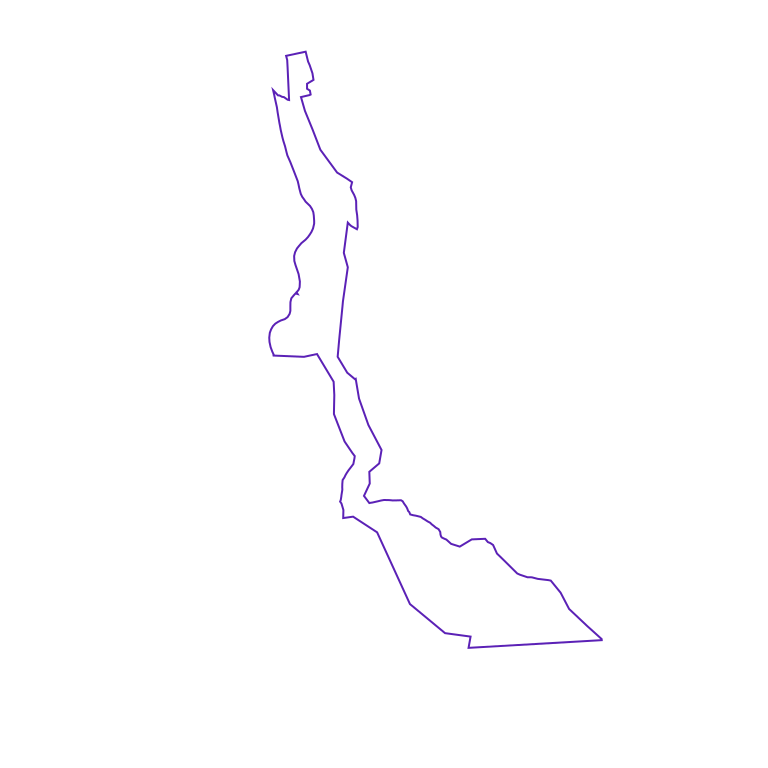 Waterworks, Castries, Saint Lucia (Natural Earth projection), rotated 59°
{"feature_id": "8701671B48526464274479", "entity_name": "Waterworks", "entity_type": "district", "adm_level": 2, "iso_a3": "LCA", "parent_name": "Saint Lucia", "parent_adm1": "Castries", "projection": "natural_earth1", "projection_center": [-60.982, 14.005], "detail": "fine", "context": "isolated", "style": "outline", "palette": "violet", "viewbox_px": 768, "rotation_deg": 59, "n_neighbors": 0, "source": "geoboundaries", "source_scale": "gbopen_adm2", "svg_char_len": 3018}
<svg xmlns="http://www.w3.org/2000/svg" viewBox="0 0 768 768"><g transform="rotate(59 384 384)"><path d="M715.7,329.3L714.7,328.8L696.4,334.4L672.2,341.2L653.9,340.1L638.4,342.3L636.7,344.2L630.2,352.6L625.8,356.9L623.6,360.5L617.5,365.7L615.0,367.4L594.6,372.6L587.5,374.5L578.2,373.4L575.1,374.8L573.0,376.4L568.8,377.0L562.4,388.8L562.4,402.8L555.6,408.8L549.4,410.7L548.5,411.4L546.9,412.5L545.3,413.5L544.0,413.6L542.1,413.1L539.8,412.0L536.5,412.0L533.7,413.6L531.3,414.4L528.8,415.4L526.7,415.9L524.2,417.4L521.5,418.7L519.3,419.9L516.9,420.9L513.3,424.5L511.4,426.7L509.3,428.7L506.8,428.3L505.3,428.7L502.6,428.2L500.4,428.1L496.8,428.4L494.1,428.4L492.4,429.3L489.7,434.1L488.3,436.5L486.5,438.9L485.4,440.6L483.4,443.8L482.3,446.7L481.5,449.3L480.9,451.1L479.7,454.8L478.8,457.0L478.5,457.9L469.6,458.8L462.0,447.5L451.7,441.8L449.6,429.0L439.3,420.1L411.1,418.5L383.6,412.9L365.0,405.6L365.0,406.4L355.4,409.7L336.8,409.7L322.4,399.2L296.2,379.7L292.1,376.7L265.3,354.9L250.9,350.9L227.0,331.9L229.9,331.3L231.8,330.7L235.3,328.7L237.4,327.5L235.9,325.7L230.3,322.5L225.5,320.1L220.2,317.9L212.9,313.7L209.7,312.7L206.5,312.2L201.4,312.0L198.3,311.2L194.6,307.4L188.9,310.0L178.6,315.3L150.4,317.9L129.3,314.2L109.2,311.1L96.5,307.7L95.3,307.4L98.0,299.0L98.1,297.8L94.3,296.4L91.3,297.9L87.0,295.3L87.0,287.8L80.8,285.3L72.5,283.5L68.5,283.0L58.8,280.0L53.3,296.0L52.3,298.9L56.4,300.1L63.0,303.6L91.7,319.1L90.7,320.2L86.6,322.0L85.3,323.5L82.8,325.0L82.0,326.2L75.0,327.7L80.2,329.4L82.1,330.1L91.7,333.3L96.2,335.2L106.6,339.3L108.6,340.0L113.1,341.7L120.1,344.0L123.9,345.1L129.3,346.4L135.5,348.3L138.3,349.1L145.5,350.0L155.0,351.6L161.3,352.7L165.8,353.5L168.9,354.5L171.2,355.3L172.0,355.6L173.6,356.1L178.1,357.4L181.4,357.7L184.8,357.4L187.3,357.3L189.6,356.7L193.3,355.7L196.9,355.6L200.3,356.1L203.4,357.4L208.3,359.9L210.6,361.3L214.1,364.7L216.3,367.9L217.6,370.5L218.9,373.5L219.9,376.9L220.7,382.2L221.9,385.8L223.0,388.8L225.2,392.3L228.0,395.1L232.4,397.5L236.5,398.6L242.1,399.8L245.8,400.6L252.8,403.3L255.7,405.2L257.6,406.5L258.4,407.5L259.2,408.5L259.7,409.7L260.3,411.7L262.4,411.7L260.8,413.2L261.5,415.6L262.8,419.3L265.6,422.0L269.1,424.2L273.1,426.6L275.3,428.8L277.0,432.2L277.3,435.6L276.4,439.8L276.2,442.9L276.3,446.1L277.2,449.4L279.0,452.6L281.3,455.5L285.2,458.5L289.0,460.5L294.0,462.2L298.8,463.1L302.5,463.5L302.3,464.7L319.5,438.6L323.8,426.0L356.1,426.0L367.9,432.3L382.2,441.3L384.0,442.4L393.8,444.1L413.0,447.4L422.2,446.9L427.4,446.6L428.0,446.5L430.0,446.3L430.7,446.2L432.6,447.7L433.8,448.8L436.8,451.5L437.6,453.5L438.8,456.5L439.6,458.6L440.2,459.9L441.1,461.8L442.3,464.0L443.7,466.1L445.0,468.9L446.9,470.3L447.5,470.7L448.0,471.1L449.3,471.9L451.0,473.0L451.6,473.3L453.2,474.2L457.6,477.9L458.3,478.4L460.1,479.9L461.0,480.7L461.4,481.1L462.2,482.2L464.5,482.0L471.1,483.7L477.9,488.0L481.8,478.8L507.6,466.3L586.0,475.1L629.0,460.0L645.1,439.9L653.7,447.4L654.3,446.3L705.8,348.2L715.7,329.3Z" fill="none" stroke="#5b21b6" stroke-width="2"/></g></svg>